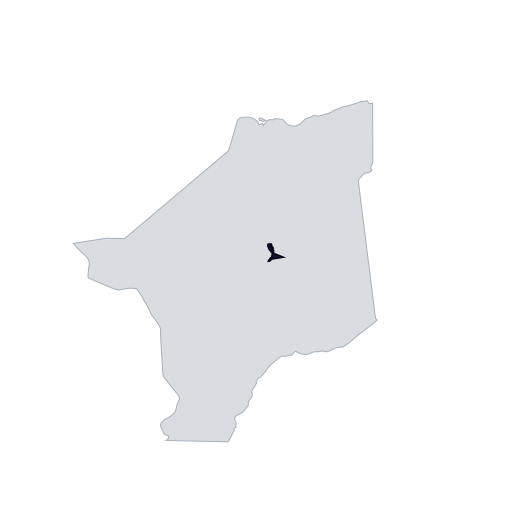 location of Cental Imenti, Eastern, Kenya, rotated 230°
{"feature_id": "3690345B53474417583970", "entity_name": "Cental Imenti", "entity_type": "district", "adm_level": 2, "iso_a3": "KEN", "parent_name": "Kenya", "parent_adm1": "Eastern", "projection": "natural_earth1", "projection_center": [37.683, 0.042], "detail": "fine", "context": "in_parent", "style": "filled", "palette": "ink", "viewbox_px": 512, "rotation_deg": 230, "n_neighbors": 0, "source": "geoboundaries", "source_scale": "gbopen_adm2", "svg_char_len": 5159}
<svg xmlns="http://www.w3.org/2000/svg" viewBox="0 0 512 512"><g transform="rotate(230 256 256)"><path d="M129.1,307.6L129.0,301.4L129.8,285.4L129.7,271.4L130.4,264.3L133.4,259.9L134.7,256.6L135.7,252.1L137.3,248.4L140.9,245.5L141.5,243.8L145.3,238.8L147.5,232.4L149.2,230.2L151.3,228.2L152.8,227.1L155.3,226.0L157.2,225.4L157.6,224.9L157.8,223.9L157.1,219.9L157.9,218.6L159.3,215.9L160.8,213.4L162.1,211.8L162.9,210.2L163.3,207.4L163.3,205.4L163.3,202.2L162.9,194.8L161.3,188.6L160.3,181.7L161.0,179.4L159.8,175.4L159.2,175.2L158.1,174.3L156.8,170.5L155.8,167.0L155.2,166.1L151.0,163.0L148.9,155.9L146.5,154.3L145.2,147.1L144.9,145.1L146.3,137.9L146.2,136.3L144.7,134.8L140.7,133.3L137.5,130.3L137.9,129.3L138.2,128.2L136.5,127.5L131.5,115.3L137.9,108.0L144.4,100.6L152.6,91.2L160.2,82.6L166.8,75.1L172.7,68.5L172.5,69.8L172.5,71.4L173.3,72.5L174.5,73.2L176.1,72.4L177.6,71.4L179.0,71.2L187.8,73.9L189.3,76.4L189.2,79.0L189.5,80.8L188.9,82.7L188.1,88.4L188.4,93.7L191.0,97.6L193.3,100.6L195.2,104.9L196.6,106.2L198.5,106.9L204.5,107.1L213.5,107.3L222.1,107.6L222.9,107.7L224.7,108.3L232.6,114.1L239.8,119.4L246.0,124.0L251.9,128.4L257.7,132.8L262.2,136.4L266.6,137.5L273.8,138.0L278.8,138.2L283.4,139.7L290.3,141.1L295.4,141.8L298.5,142.6L307.0,143.5L308.4,143.0L312.2,139.0L316.4,132.5L318.1,128.9L323.5,125.4L333.1,120.4L339.9,116.9L347.4,113.4L350.8,116.4L355.5,121.3L357.7,123.7L359.4,124.8L361.9,125.5L365.0,125.5L366.7,125.4L370.2,124.8L378.4,124.2L383.0,124.3L379.1,130.8L374.4,138.5L365.8,152.8L359.2,160.4L354.3,166.1L353.8,167.1L353.8,173.4L353.9,189.0L354.0,220.0L354.1,251.0L354.2,282.0L354.3,297.6L354.3,302.8L358.6,309.3L362.9,315.7L368.5,324.1L371.6,328.6L372.1,330.1L371.9,333.1L367.3,339.5L363.5,342.3L358.3,343.7L356.8,343.5L354.8,342.5L354.0,344.1L353.4,346.4L352.3,345.9L351.4,345.2L351.9,349.4L352.5,351.5L351.7,354.3L349.2,356.8L349.0,358.8L343.6,364.2L336.0,364.8L332.0,367.5L330.2,369.7L328.8,374.5L329.3,381.9L327.2,387.6L326.8,390.4L322.8,394.1L321.1,397.5L319.8,400.9L318.7,402.4L317.3,410.1L315.5,414.8L315.0,416.4L314.6,417.8L313.1,420.5L312.2,422.4L311.5,423.6L306.9,435.6L303.3,441.0L300.4,440.4L298.5,442.5L298.3,443.5L297.3,443.0L294.9,441.0L290.1,436.9L285.2,432.8L280.3,428.8L275.4,424.7L270.5,420.6L265.7,416.6L260.8,412.5L255.9,408.4L253.0,406.0L251.8,404.6L250.8,401.8L250.3,401.1L249.0,400.2L247.5,400.0L247.0,399.5L247.0,398.1L247.6,396.2L249.4,392.4L249.6,390.3L249.2,387.8L248.6,383.8L248.1,382.9L244.9,380.8L238.1,376.4L231.3,372.0L224.6,367.6L217.8,363.2L211.0,358.9L204.2,354.5L197.4,350.1L190.7,345.7L183.9,341.3L177.1,337.0L170.3,332.6L163.5,328.2L156.7,323.8L149.9,319.4L143.2,315.0L136.4,310.7L133.8,309.0L131.5,307.6L129.1,307.6ZM354.8,350.2L353.6,350.5L354.2,348.4L357.7,345.7L359.1,346.3L359.4,346.9L359.3,347.5L358.7,348.1L354.8,350.2Z" fill="#d9dde1" stroke="#a8b0b8" stroke-width="1"/><path d="M237.5,276.2L245.7,271.8L245.9,271.7L246.0,271.6L246.3,271.5L246.5,271.6L246.9,271.6L247.0,271.7L247.3,271.7L247.5,271.7L247.6,271.8L247.8,271.9L247.9,272.0L248.0,272.1L248.3,272.2L248.4,272.3L248.5,272.4L248.5,272.5L248.6,272.8L248.8,272.9L248.8,273.0L249.0,273.0L249.3,273.0L249.3,272.9L249.4,273.0L249.4,272.9L249.5,273.0L249.8,273.2L249.8,273.3L250.0,273.4L250.1,273.5L250.3,273.5L250.5,273.7L250.6,273.8L250.8,273.9L250.9,274.0L251.1,274.2L251.5,274.3L251.7,274.5L251.9,274.5L252.0,274.5L252.3,274.5L252.4,274.4L252.5,274.4L252.8,274.2L252.8,274.3L253.0,274.3L253.4,274.3L253.5,274.3L253.8,274.3L253.9,274.5L254.0,274.4L254.3,274.3L254.3,274.5L254.4,274.4L254.5,274.4L254.5,274.5L254.8,274.6L254.9,274.8L254.8,275.0L255.0,275.3L255.2,275.5L255.3,275.5L255.4,275.4L256.6,274.0L256.8,273.8L257.3,273.0L257.3,272.9L257.2,272.6L257.0,272.3L256.9,272.3L256.8,272.1L256.7,271.9L256.5,271.7L256.4,271.6L256.2,271.6L256.1,271.4L255.9,271.4L255.7,271.4L255.6,271.2L255.4,271.1L255.2,271.2L254.9,271.1L254.7,271.1L254.4,271.1L254.2,270.9L253.9,270.8L253.8,270.7L253.7,270.6L253.4,270.6L253.2,270.5L253.0,270.4L252.9,270.3L252.8,270.2L252.7,270.2L252.5,270.3L252.2,270.3L251.9,270.4L251.7,270.2L251.5,270.3L251.4,270.3L251.2,270.3L250.9,270.4L250.8,270.5L250.7,270.5L250.4,270.4L250.2,270.5L249.9,270.4L249.7,270.3L249.4,270.3L249.2,270.3L249.1,270.2L249.0,270.3L248.9,270.3L248.6,270.4L248.4,270.4L248.2,270.5L247.9,270.5L247.9,270.4L247.8,270.2L247.7,270.1L247.4,270.0L247.3,269.9L247.2,269.8L247.1,269.7L246.9,269.6L246.7,269.5L246.7,269.4L246.6,269.2L246.5,268.9L246.3,269.0L246.2,269.0L246.0,268.9L245.9,268.7L245.9,268.4L245.4,268.1L245.4,267.8L245.4,267.7L245.1,267.4L245.0,267.2L245.1,266.9L245.3,265.8L245.1,265.2L244.8,265.1L244.7,265.0L244.8,264.9L244.8,264.6L244.8,264.4L244.6,264.0L244.6,263.9L244.6,263.7L244.6,263.4L244.7,263.2L244.6,262.9L244.4,262.8L244.2,262.3L244.1,262.1L244.0,262.3L243.9,262.4L243.7,262.5L243.4,262.8L243.3,263.0L243.3,263.3L243.2,263.4L243.2,263.5L243.3,263.6L243.3,263.8L243.3,264.1L243.4,264.3L243.4,264.6L243.5,264.7L243.6,264.8L243.5,265.1L243.4,265.3L243.3,265.5L243.3,265.9L243.3,266.1L243.4,266.3L243.3,266.5L243.4,266.8L243.4,267.0L243.3,267.4L243.2,267.4L242.8,267.7L242.7,268.3L242.4,267.9L237.5,276.2Z" fill="#0f172a" stroke="#020617" stroke-width="1.5"/></g></svg>